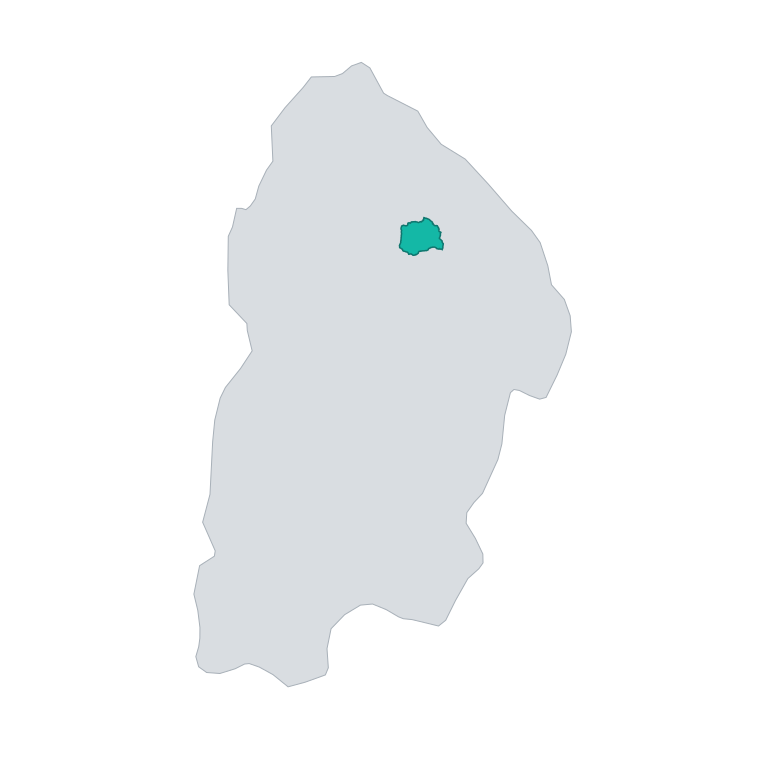 Kawang, Thimphu, Bhutan (highlighted), rotated 99°
{"feature_id": "84629894B41784722800221", "entity_name": "Kawang", "entity_type": "district", "adm_level": 2, "iso_a3": "BTN", "parent_name": "Bhutan", "parent_adm1": "Thimphu", "projection": "robinson", "projection_center": [89.606, 27.573], "detail": "fine", "context": "in_parent", "style": "filled", "palette": "teal", "viewbox_px": 768, "rotation_deg": 99, "n_neighbors": 0, "source": "geoboundaries", "source_scale": "gbopen_adm2", "svg_char_len": 6668}
<svg xmlns="http://www.w3.org/2000/svg" viewBox="0 0 768 768"><g transform="rotate(99 384 384)"><path d="M612.8,328.2L611.7,333.2L606.5,346.5L603.1,360.9L606.1,372.7L618.0,386.8L634.0,398.0L654.3,398.9L673.0,394.6L680.5,396.4L690.8,415.1L698.1,431.4L688.4,448.2L683.1,462.9L681.2,473.4L682.4,477.9L688.5,486.4L695.6,500.8L696.7,514.1L692.3,522.8L682.7,527.2L672.4,525.9L663.9,526.1L653.3,527.7L636.7,532.5L621.3,538.9L592.3,537.7L580.6,524.6L575.2,524.6L548.9,541.5L520.2,538.6L467.9,544.2L446.0,545.5L423.6,543.6L412.2,540.1L391.1,528.1L371.9,519.4L352.5,527.4L345.7,528.9L330.0,549.3L296.2,556.0L262.5,560.9L252.6,558.2L233.6,557.0L232.8,552.2L233.4,547.6L229.1,543.9L221.4,540.1L208.1,538.6L191.1,533.5L181.3,528.6L146.7,535.7L126.6,525.0L103.7,510.2L92.1,503.8L88.0,480.9L83.9,473.6L74.9,465.8L69.9,456.7L74.0,447.4L96.8,429.9L98.6,425.8L109.2,393.3L123.9,381.5L138.3,365.0L149.2,338.9L170.3,312.2L193.4,284.7L209.3,262.3L219.9,251.9L241.6,240.7L259.8,234.1L272.3,219.1L287.5,210.8L303.1,207.1L326.2,209.1L348.0,214.4L371.9,221.8L374.6,227.9L372.6,238.5L369.2,249.3L369.1,254.8L372.8,257.8L396.1,259.9L424.7,258.2L440.8,259.7L476.6,269.6L487.1,276.7L498.1,282.1L508.7,281.1L522.2,269.6L536.4,259.8L545.2,258.2L551.6,261.4L563.0,270.7L586.6,279.5L607.7,286.1L614.5,292.3L612.3,319.3L612.8,328.2Z" fill="#d9dde1" stroke="#a8b0b8" stroke-width="1"/><path d="M252.0,379.9L252.0,379.6L251.9,379.4L251.8,379.2L251.6,378.9L251.5,378.6L251.5,378.3L251.4,378.1L251.3,377.9L251.2,377.7L251.4,377.5L251.5,377.3L251.6,376.8L251.7,376.5L251.9,376.1L252.1,375.9L252.3,375.6L252.3,375.2L252.2,375.0L252.1,374.4L252.0,374.2L251.9,373.9L251.8,373.7L251.7,373.6L251.6,373.4L251.4,373.3L251.5,373.2L251.6,372.9L251.4,372.6L251.1,372.3L250.9,372.1L250.7,371.9L250.6,371.7L250.3,371.4L250.1,371.2L249.9,371.1L249.7,370.9L249.6,370.7L249.4,370.6L248.9,370.6L248.6,370.6L248.4,370.6L248.1,370.4L247.9,370.3L247.6,370.2L247.5,369.8L247.4,369.6L247.3,369.3L247.3,369.1L247.2,368.7L246.9,368.5L246.8,368.3L246.8,368.2L246.9,367.8L246.8,367.6L246.7,367.2L246.5,366.8L246.3,366.4L246.3,366.1L246.3,365.7L246.2,365.2L246.0,364.7L245.9,364.4L245.8,364.2L245.7,363.8L245.7,363.4L245.7,363.1L245.5,362.8L245.4,362.5L245.2,362.3L245.0,362.0L244.9,361.8L244.7,361.5L244.3,361.2L243.8,361.3L243.5,361.2L243.3,361.1L243.2,361.0L243.0,360.7L242.8,360.3L242.7,360.1L242.5,359.9L242.4,359.5L242.3,359.4L242.0,359.2L241.8,359.1L241.7,359.0L241.7,358.9L241.7,358.6L241.7,358.3L241.5,357.8L241.3,357.6L241.2,357.4L241.1,357.1L241.1,356.5L241.1,356.3L241.0,356.0L240.9,355.6L240.9,355.4L240.9,355.2L241.1,354.6L241.3,354.2L241.4,353.8L241.4,353.6L241.8,353.4L242.0,353.1L242.2,352.7L242.0,352.4L242.0,352.2L242.2,351.4L242.2,351.2L242.2,350.9L242.0,350.7L241.8,350.6L242.0,350.4L242.0,350.0L242.1,349.6L241.9,349.3L241.8,349.1L241.8,348.6L241.9,348.1L241.9,347.8L242.1,347.6L241.8,347.5L241.3,347.3L240.9,347.3L240.4,347.2L239.9,347.2L239.7,347.3L239.4,347.4L238.8,347.4L238.5,347.3L238.0,347.4L237.6,347.4L237.3,347.3L237.1,347.3L236.8,347.4L236.4,347.5L236.2,347.4L236.0,347.5L235.9,347.6L235.6,348.1L235.4,348.3L235.1,348.6L234.8,348.7L234.5,348.8L234.4,348.9L234.1,348.9L233.9,348.9L233.6,349.0L233.4,349.4L233.2,349.6L233.0,349.9L232.8,350.2L232.4,350.7L232.2,351.1L232.0,351.4L231.7,352.0L231.4,352.1L231.2,352.1L230.9,352.1L230.6,351.9L230.2,351.9L229.8,351.8L229.6,351.7L229.1,351.7L228.8,351.6L228.5,351.7L228.1,351.5L227.6,351.6L227.1,351.9L226.9,351.9L226.6,351.9L226.3,351.7L226.1,351.8L225.8,351.7L225.5,351.6L225.3,351.5L225.1,351.8L225.0,352.2L225.0,352.5L224.9,352.8L224.9,353.1L224.8,353.3L224.7,353.5L224.3,353.7L223.7,353.8L223.4,353.8L222.7,353.8L222.4,353.9L222.3,354.2L222.2,354.2L222.2,354.3L221.7,354.3L221.3,354.5L221.2,354.8L220.9,354.9L220.7,355.2L220.6,355.3L220.3,355.4L220.1,355.5L219.9,355.7L219.7,355.9L219.7,356.0L219.4,356.1L219.4,356.5L219.3,356.9L219.4,357.2L219.5,357.7L219.6,357.9L219.6,358.3L219.6,358.7L219.6,358.9L219.3,359.3L219.2,359.5L218.5,360.1L218.1,360.4L218.1,360.5L218.2,360.8L218.3,361.0L218.2,361.1L217.8,361.1L217.7,361.2L217.3,361.3L216.9,361.3L216.7,361.4L216.4,361.9L216.1,362.2L216.1,362.6L215.7,363.1L215.5,363.5L215.4,363.8L215.2,363.9L215.0,364.4L214.7,364.6L214.3,365.4L214.2,365.8L214.2,366.2L214.2,366.3L214.0,366.6L214.0,366.9L214.0,367.1L213.9,367.3L213.7,367.7L213.7,368.1L213.7,368.3L213.7,368.6L213.8,368.9L213.8,369.2L213.8,369.4L213.7,369.6L213.5,369.8L213.5,370.1L213.4,370.4L213.4,370.6L213.9,370.6L214.7,370.7L215.1,370.7L215.3,370.8L215.3,370.7L215.5,370.6L215.8,370.6L216.0,370.6L216.3,370.7L216.4,371.0L216.6,371.2L216.8,371.4L217.0,371.7L217.1,371.8L217.3,371.9L217.3,372.0L217.5,372.1L217.8,372.2L218.0,372.3L218.1,372.5L218.0,372.9L218.0,373.1L217.9,373.1L218.0,373.6L218.3,373.8L218.4,374.1L218.5,374.3L218.8,374.5L219.0,374.9L219.1,375.1L219.1,375.6L219.0,376.0L218.9,376.3L218.8,376.7L218.8,376.9L218.8,377.4L218.9,378.2L218.7,378.4L218.7,378.7L218.8,378.9L219.0,379.3L219.1,379.7L219.2,380.7L219.3,381.1L219.6,381.5L219.6,382.3L220.2,382.7L220.9,383.0L221.1,383.2L221.0,383.6L220.9,384.0L220.8,384.3L220.8,384.6L221.0,384.8L221.3,385.1L221.4,385.4L221.5,385.6L221.9,385.5L222.3,385.5L222.5,385.4L222.9,385.5L223.3,385.5L223.5,385.7L223.7,385.8L223.9,386.0L224.0,386.1L224.1,386.4L224.1,386.7L224.3,386.9L224.4,387.1L224.4,387.4L224.3,387.8L224.2,388.1L224.2,388.4L224.3,388.7L224.3,389.1L224.3,389.3L224.2,389.4L224.1,389.8L224.3,390.0L224.6,390.3L224.9,390.6L225.0,390.9L225.2,391.3L225.7,391.3L226.8,391.5L227.6,391.5L227.8,391.5L228.0,391.5L228.4,391.4L228.6,391.3L228.8,391.1L229.0,390.9L229.3,390.8L229.6,390.6L229.9,390.7L230.1,390.6L230.4,390.7L230.5,390.7L230.8,390.7L231.0,390.7L231.3,390.7L231.6,390.5L232.0,390.4L232.3,390.3L232.5,390.3L232.7,390.2L232.8,390.1L233.0,390.1L233.3,390.2L233.6,390.2L233.8,390.1L234.0,390.1L234.3,390.1L234.7,390.2L234.9,390.1L235.4,390.1L235.8,389.9L236.1,389.9L236.5,390.0L236.8,390.0L236.9,389.9L237.0,389.9L237.1,390.0L237.5,389.9L237.9,389.8L238.2,389.8L238.7,389.8L238.9,389.8L239.1,389.8L239.3,389.7L239.5,389.6L239.8,389.8L240.0,389.8L240.4,389.8L240.7,389.8L241.0,389.7L241.4,389.6L241.6,389.6L241.8,389.6L242.3,389.8L243.2,390.0L243.6,390.1L243.8,390.2L244.3,390.3L244.6,390.3L245.0,390.4L245.3,390.3L245.7,390.1L246.1,389.9L246.5,389.9L246.8,389.9L247.0,389.7L247.1,389.3L247.2,388.8L247.4,388.4L247.7,388.0L247.9,387.5L247.9,387.1L248.0,387.0L248.3,386.7L248.5,386.6L248.9,386.5L249.1,386.4L249.4,386.2L249.5,386.0L249.5,385.9L249.7,385.3L249.8,385.1L249.7,384.5L249.8,383.9L250.0,383.4L250.0,383.1L250.1,382.4L250.1,382.1L250.1,381.6L250.2,381.3L250.7,380.8L251.1,380.5L251.3,380.3L251.8,380.0L252.0,379.9Z" fill="#14b8a6" stroke="#0f766e" stroke-width="1.5"/></g></svg>